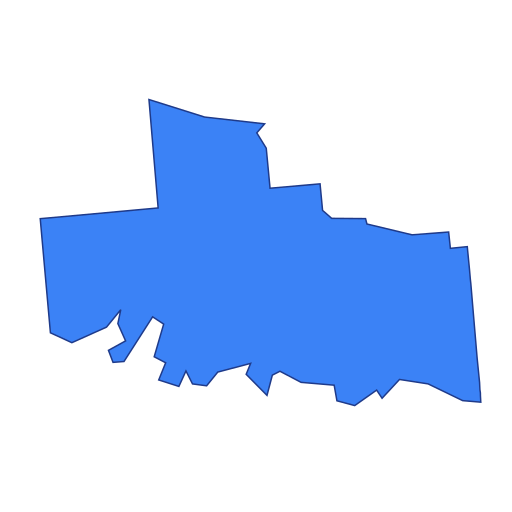 the district of Whitfield, Georgia, United States of America, rotated 85°
{"feature_id": "52423323B73898335258684", "entity_name": "Whitfield", "entity_type": "district", "adm_level": 2, "iso_a3": "USA", "parent_name": "United States of America", "parent_adm1": "Georgia", "projection": "natural_earth1", "projection_center": [-84.931, 34.802], "detail": "fine", "context": "isolated", "style": "filled", "palette": "blue", "viewbox_px": 512, "rotation_deg": 85, "n_neighbors": 0, "source": "geoboundaries", "source_scale": "gbopen_adm2", "svg_char_len": 931}
<svg xmlns="http://www.w3.org/2000/svg" viewBox="0 0 512 512"><g transform="rotate(85 256 256)"><path d="M113.1,295.1L90.8,349.0L163.5,349.2L199.6,349.3L200.0,460.3L200.0,467.7L314.6,467.5L326.3,447.0L313.8,411.1L297.7,395.4L311.3,399.5L329.2,393.3L337.1,411.2L349.5,407.7L349.6,396.7L307.6,364.3L315.8,353.9L347.5,366.2L354.5,355.3L371.0,363.7L379.2,344.2L364.4,335.8L377.9,330.4L381.0,316.5L368.3,304.2L362.5,270.7L373.0,276.1L395.8,257.2L376.1,250.1L372.9,242.2L385.8,222.1L391.5,189.4L407.3,188.0L413.6,170.7L400.1,147.5L408.7,142.8L391.5,123.8L398.4,95.7L418.1,62.7L421.2,44.8L420.9,44.8L414.9,44.6L411.9,44.4L408.7,44.6L401.5,44.3L377.4,44.6L374.3,44.6L302.5,44.4L297.8,44.5L287.5,44.5L267.8,44.7L265.1,44.7L265.3,61.7L248.9,62.0L248.5,98.7L233.8,142.7L228.3,143.6L225.1,177.3L216.4,185.7L189.7,185.9L189.7,236.1L149.5,236.4L133.4,244.5L125.1,235.9L113.1,295.1Z" fill="#3b82f6" stroke="#1e3a8a" stroke-width="1.5"/></g></svg>